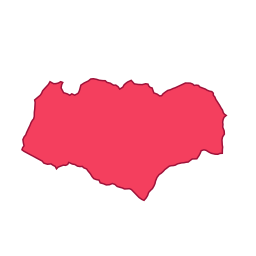 outline of Leme, São Paulo, Brazil, rotated 199°
{"feature_id": "56859067B93038120978051", "entity_name": "Leme", "entity_type": "district", "adm_level": 2, "iso_a3": "BRA", "parent_name": "Brazil", "parent_adm1": "São Paulo", "projection": "mercator", "projection_center": [-47.339, -22.177], "detail": "fine", "context": "isolated", "style": "filled", "palette": "rose", "viewbox_px": 256, "rotation_deg": 199, "n_neighbors": 0, "source": "geoboundaries", "source_scale": "gbopen_adm2", "svg_char_len": 2438}
<svg xmlns="http://www.w3.org/2000/svg" viewBox="0 0 256 256"><g transform="rotate(199 128 128)"><path d="M218.7,72.1L198.4,68.8L196.1,67.4L192.4,67.5L189.1,69.0L186.9,68.4L184.3,68.0L182.3,66.1L181.3,68.3L178.8,70.4L177.1,71.8L174.8,72.4L173.2,73.9L172.8,76.2L169.0,75.8L166.3,76.2L163.4,75.5L160.9,75.9L158.7,76.8L157.0,76.0L153.8,75.8L151.7,74.3L148.7,72.5L146.2,70.4L143.9,69.0L141.2,68.9L138.4,69.3L136.4,67.1L133.2,67.3L130.0,67.1L127.0,68.4L124.7,70.4L122.0,70.4L119.2,69.2L116.2,69.3L113.7,69.5L111.6,69.2L109.5,70.0L106.9,71.1L104.7,70.9L94.9,65.9L91.7,65.0L89.3,64.8L88.1,67.7L87.5,70.6L87.5,73.8L86.3,76.6L85.2,78.6L84.6,81.6L84.4,84.2L84.7,86.8L84.5,90.7L83.4,94.1L81.8,96.2L80.5,98.6L79.7,100.6L78.0,103.1L76.6,105.3L74.9,106.4L73.0,107.2L71.3,108.2L69.4,110.3L65.9,112.5L63.8,113.4L61.8,114.6L60.0,115.4L58.8,117.3L57.2,119.6L52.9,121.3L51.9,125.0L51.5,127.8L51.4,130.4L49.1,132.1L46.8,132.3L43.8,131.6L41.1,131.2L37.2,131.6L34.5,132.4L32.8,133.9L30.6,134.8L31.7,138.2L32.3,140.8L33.4,142.7L35.3,147.4L35.7,150.4L34.9,153.6L36.1,156.5L38.7,159.6L39.4,162.4L40.4,164.3L40.8,166.9L40.7,169.3L39.2,171.9L41.2,172.4L42.8,173.4L44.5,175.7L46.6,177.3L48.8,179.3L52.1,181.9L54.3,183.6L56.0,185.6L57.9,186.7L58.7,188.7L60.6,189.7L62.9,189.4L65.4,189.5L67.6,190.0L71.2,190.1L73.6,190.2L75.2,191.2L77.3,190.8L79.3,189.8L81.2,190.6L83.7,190.7L88.4,189.2L94.7,183.1L96.6,181.3L98.3,180.0L100.1,178.2L102.7,176.4L104.4,174.1L106.0,171.7L106.7,169.5L108.5,168.6L111.4,169.5L115.0,169.6L117.0,172.1L118.2,173.7L120.2,173.6L122.1,174.5L123.4,176.0L125.7,175.6L128.8,173.6L132.5,172.5L136.4,171.8L140.5,174.1L143.4,171.3L144.7,169.4L145.7,167.6L146.2,164.9L148.5,162.1L150.8,163.8L153.5,164.6L155.4,163.8L157.3,164.1L159.2,164.6L162.8,164.3L164.9,165.3L167.5,164.5L170.8,163.8L173.4,163.8L176.8,163.3L179.2,162.2L180.7,159.7L184.1,156.3L186.5,153.2L186.2,149.4L186.1,146.8L186.5,144.5L189.1,141.7L192.3,142.0L193.7,140.0L196.5,140.5L200.4,140.4L202.2,142.1L204.3,144.1L204.8,147.3L204.5,149.8L206.7,149.9L208.4,147.9L210.6,146.5L212.7,145.7L214.8,146.0L216.8,146.4L217.4,143.3L219.9,137.6L220.8,135.3L221.0,132.7L221.6,130.4L223.5,127.3L225.4,124.1L224.1,121.9L223.2,118.7L222.4,115.8L221.7,112.4L220.4,108.4L220.2,106.0L220.9,104.0L221.4,101.5L221.5,98.6L221.9,95.4L222.1,93.3L222.4,90.5L222.4,88.2L223.3,85.9L223.6,82.8L222.1,79.9L220.5,77.3L221.2,75.1L221.2,72.9L218.7,72.1Z" fill="#f43f5e" stroke="#9f1239" stroke-width="1.5"/></g></svg>